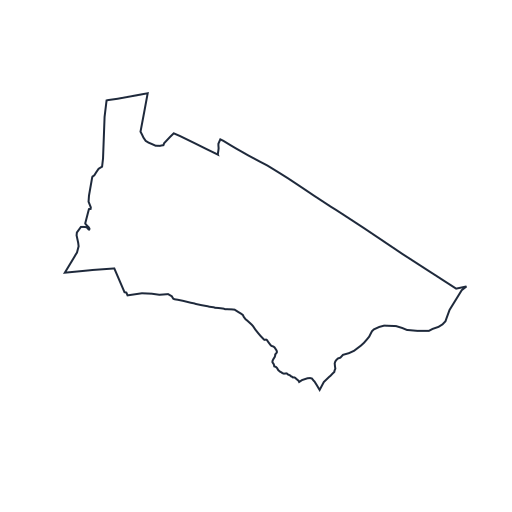 Fantanele, Arad, Romania, rotated 116°
{"feature_id": "2599482B83782028034718", "entity_name": "Fantanele", "entity_type": "district", "adm_level": 2, "iso_a3": "ROU", "parent_name": "Romania", "parent_adm1": "Arad", "projection": "equal_earth", "projection_center": [21.396, 46.094], "detail": "fine", "context": "isolated", "style": "outline", "palette": "slate", "viewbox_px": 512, "rotation_deg": 116, "n_neighbors": 0, "source": "geoboundaries", "source_scale": "gbopen_adm2", "svg_char_len": 2993}
<svg xmlns="http://www.w3.org/2000/svg" viewBox="0 0 512 512"><g transform="rotate(116 256 256)"><path d="M354.8,420.5L347.4,408.4L342.3,400.1L340.0,396.4L329.3,377.9L346.2,358.3L345.7,356.5L347.7,354.2L339.5,342.2L335.6,333.2L333.2,325.8L328.8,318.3L329.1,314.0L330.0,312.7L330.7,311.5L330.5,309.9L329.7,307.4L329.0,304.7L328.3,302.0L326.6,294.1L325.7,290.8L325.5,289.1L324.1,283.5L322.3,277.2L322.1,275.9L320.6,271.4L320.5,270.1L319.4,267.5L318.4,264.7L317.5,262.0L317.4,260.6L316.6,258.9L314.7,254.6L313.6,251.7L314.1,247.4L314.4,244.0L314.8,241.9L316.1,240.3L317.5,237.5L317.6,236.7L318.1,234.8L319.6,229.7L320.4,227.8L322.4,224.4L324.4,220.2L325.8,217.0L327.6,212.2L327.6,211.5L326.7,210.3L326.8,209.2L327.6,207.9L328.5,206.2L329.5,204.2L329.9,203.3L330.0,202.4L329.8,201.3L329.8,200.5L330.0,199.3L331.3,197.1L332.0,196.0L333.1,195.1L334.4,195.1L336.0,195.6L336.8,195.2L338.5,194.9L341.1,195.2L342.7,195.2L344.1,194.8L344.7,194.0L345.2,193.0L346.0,192.1L347.2,191.2L347.1,190.5L347.0,189.4L347.5,187.9L348.1,187.1L348.4,186.5L348.9,185.9L349.1,184.9L349.5,183.3L349.4,182.1L349.7,181.1L349.6,179.7L349.1,178.6L348.2,177.3L348.1,176.5L348.5,175.5L348.4,173.9L348.4,172.7L348.8,171.9L348.7,170.7L349.0,169.7L348.4,168.6L348.3,167.3L348.7,166.2L349.5,163.0L350.3,162.0L347.3,160.2L343.3,156.1L342.0,153.9L341.6,152.0L342.1,151.0L342.9,149.3L343.1,148.5L345.4,144.8L348.5,140.1L339.5,139.8L332.4,137.2L331.2,136.6L328.0,135.6L325.9,134.8L324.4,135.2L322.5,135.3L320.3,136.8L318.0,138.2L316.0,138.5L314.2,138.2L312.1,137.4L310.4,135.6L306.7,134.5L302.6,129.9L298.2,126.3L296.8,125.6L290.5,122.4L286.7,120.9L282.2,119.7L278.8,118.9L277.4,118.9L272.8,118.8L270.3,117.9L265.7,114.1L262.4,110.3L260.2,105.3L257.6,99.4L256.6,93.0L256.3,87.9L255.5,85.9L252.5,78.0L247.5,67.8L244.1,65.3L239.7,60.9L235.7,58.4L231.6,57.1L228.3,57.5L219.6,58.4L196.5,56.1L191.1,53.5L194.4,57.7L197.6,61.8L196.1,74.4L190.0,125.3L183.7,170.6L183.4,172.9L179.5,204.2L178.9,210.4L176.3,230.8L175.4,237.2L173.8,248.8L172.9,255.6L172.1,261.7L171.2,270.1L170.2,280.2L169.7,285.4L169.6,288.5L169.5,293.5L169.0,307.0L168.1,321.2L167.6,327.4L166.8,335.9L166.8,339.2L171.6,339.0L173.2,338.2L174.4,337.5L175.6,336.8L177.9,336.0L181.4,334.9L181.6,334.7L181.6,347.8L181.5,360.8L181.5,376.9L181.8,383.7L186.5,385.4L194.8,388.0L197.0,387.8L198.1,389.4L199.1,390.6L200.9,394.6L201.0,398.4L201.2,402.3L200.9,405.6L198.9,409.1L196.8,411.7L194.9,414.3L175.9,419.5L157.2,424.7L175.4,449.4L180.7,457.3L181.7,458.5L197.3,453.1L235.5,436.2L243.2,433.5L243.6,433.8L246.6,435.7L250.6,436.3L254.4,436.7L255.8,437.5L256.3,437.8L257.5,437.6L274.9,432.6L280.6,430.3L284.7,425.8L286.2,425.3L287.1,426.7L290.2,426.1L301.5,423.8L301.9,423.4L302.9,420.9L303.5,419.0L304.4,417.7L304.9,417.5L305.4,417.5L305.5,417.7L305.5,418.1L304.7,420.0L304.4,421.0L304.9,422.3L305.3,423.4L306.6,426.1L313.4,427.3L316.1,426.3L322.1,421.6L325.0,419.7L331.4,418.4L333.9,418.7L335.7,418.8L345.8,419.7L354.8,420.5Z" fill="none" stroke="#1e293b" stroke-width="2"/></g></svg>